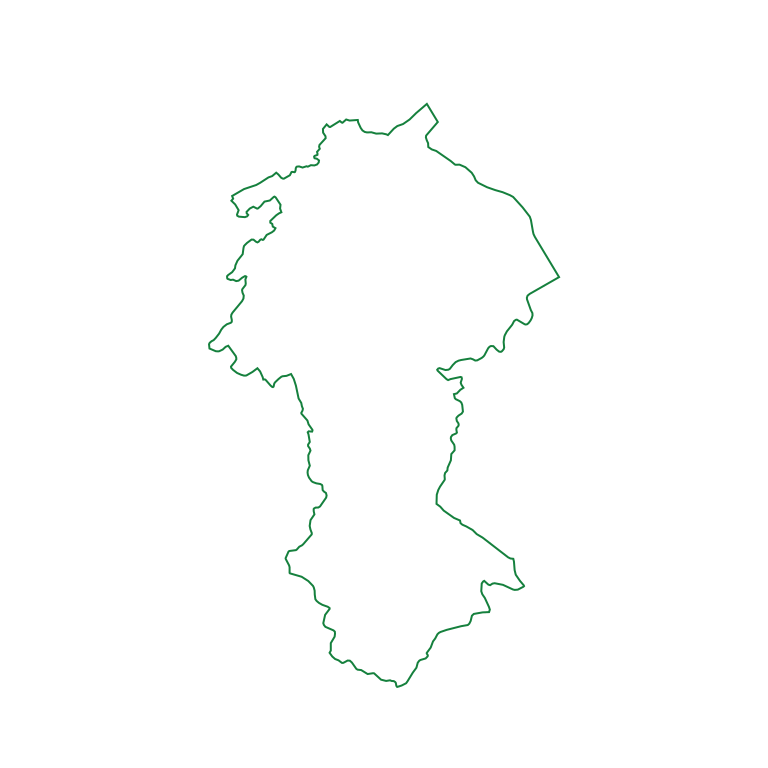 Tuy Phuoc, Bình Định, Vietnam (Mercator projection), rotated 310°
{"feature_id": "81297802B71017047307278", "entity_name": "Tuy Phuoc", "entity_type": "district", "adm_level": 2, "iso_a3": "VNM", "parent_name": "Vietnam", "parent_adm1": "Bình Định", "projection": "mercator", "projection_center": [109.153, 13.841], "detail": "fine", "context": "isolated", "style": "outline", "palette": "green", "viewbox_px": 768, "rotation_deg": 310, "n_neighbors": 0, "source": "geoboundaries", "source_scale": "gbopen_adm2", "svg_char_len": 6166}
<svg xmlns="http://www.w3.org/2000/svg" viewBox="0 0 768 768"><g transform="rotate(310 384 384)"><path d="M143.1,515.1L142.0,519.5L141.9,523.3L143.1,526.8L143.3,531.0L144.0,531.9L145.0,532.4L148.8,533.9L150.1,535.7L150.0,538.4L148.0,545.9L148.2,547.4L150.2,550.4L151.3,557.9L155.4,561.5L156.0,562.4L155.6,571.8L157.9,576.5L160.9,579.1L161.4,580.7L162.7,582.5L162.9,584.2L162.6,585.2L160.7,587.5L160.4,588.8L164.3,591.3L169.0,593.3L171.4,593.1L181.4,591.6L187.5,591.2L192.2,589.0L194.7,588.9L196.0,589.3L200.5,592.3L203.4,592.5L204.4,591.9L205.0,590.0L205.5,589.6L212.1,589.2L218.3,587.0L222.0,586.8L226.6,585.8L228.6,586.0L230.4,586.7L236.0,590.1L248.1,598.8L253.2,603.1L255.2,603.4L258.2,602.7L263.0,600.3L265.6,600.6L272.4,606.3L276.8,611.1L279.2,610.1L280.7,607.7L284.9,598.8L286.1,594.5L287.8,591.7L294.0,587.1L296.4,586.9L297.6,587.3L297.4,592.9L298.1,594.6L300.8,595.4L302.5,596.8L306.6,604.2L309.5,614.9L310.3,616.5L312.5,618.7L318.3,621.1L319.2,621.2L319.6,620.5L320.6,614.7L322.6,607.5L325.4,603.7L331.5,597.7L333.2,595.4L331.6,593.0L331.0,590.5L329.7,558.2L328.6,551.6L329.1,545.8L327.8,538.6L326.6,534.5L326.6,532.1L328.3,530.0L326.4,523.7L325.4,511.1L326.2,505.9L325.9,501.3L333.1,495.6L337.7,493.7L341.4,492.9L349.4,492.1L350.1,491.8L352.9,489.1L355.1,488.0L358.5,488.1L360.9,486.5L368.5,484.3L373.6,480.6L378.6,480.7L381.3,478.4L382.6,476.8L384.0,471.8L385.2,470.2L386.4,469.4L388.8,469.2L392.4,471.0L393.6,471.1L395.4,468.9L396.7,467.9L399.8,467.9L400.7,467.5L401.7,466.3L402.5,463.5L404.2,461.5L405.0,461.2L407.7,461.4L411.3,462.5L413.6,462.2L418.3,457.3L419.5,455.1L419.6,453.1L418.5,448.7L418.7,447.3L421.2,444.1L423.6,445.9L428.6,446.2L432.2,447.3L433.2,443.8L434.3,441.9L438.0,440.4L439.0,439.1L438.6,438.1L430.5,431.8L428.2,430.6L427.9,428.8L428.7,416.5L429.1,415.6L430.7,415.6L431.9,416.4L434.2,422.1L436.3,424.1L437.9,424.7L442.8,424.5L446.8,424.8L449.8,426.1L452.0,427.7L459.2,433.9L460.1,436.3L460.6,438.8L462.0,440.2L466.8,442.1L468.9,442.5L470.4,442.5L478.4,440.8L480.4,440.9L481.8,441.5L483.3,443.5L482.7,448.2L482.8,451.4L483.8,452.9L484.9,453.3L487.6,453.3L489.2,452.6L493.0,448.7L497.5,445.8L499.0,445.2L503.3,444.3L511.8,444.1L515.8,443.2L517.8,443.7L518.7,444.4L520.2,453.4L520.7,454.4L521.9,455.3L523.8,455.6L526.9,455.4L529.5,454.8L532.0,453.7L533.7,452.1L535.0,449.0L540.8,439.1L541.9,438.0L544.0,437.2L546.7,437.7L578.4,449.4L593.7,404.9L595.0,402.1L596.6,400.0L604.1,391.1L605.9,388.1L608.4,376.6L610.3,362.7L609.6,359.1L607.2,351.6L604.1,344.7L601.0,336.5L598.6,326.7L599.0,323.3L600.9,319.6L602.2,315.4L602.4,307.0L600.6,300.9L597.8,297.7L597.7,296.8L597.7,291.7L596.1,274.2L594.4,269.8L594.0,265.6L596.8,263.0L598.2,260.1L599.8,257.6L601.4,256.6L619.3,256.8L626.1,236.8L612.3,234.5L603.1,233.6L595.4,231.5L590.2,228.4L585.9,227.4L577.2,227.0L576.8,225.4L574.8,221.5L570.8,217.1L568.7,212.5L565.8,209.3L564.7,207.2L564.4,204.5L565.2,201.5L567.8,196.0L569.4,194.2L563.7,188.3L562.3,185.0L557.5,184.3L557.1,183.5L557.1,181.1L546.3,177.6L545.8,176.9L546.0,173.2L540.1,173.3L537.4,175.8L536.2,179.9L534.8,181.3L525.7,180.9L524.0,181.8L522.9,183.6L518.8,183.5L517.5,185.2L516.7,185.7L514.1,184.2L513.1,184.4L512.3,185.7L513.4,187.7L513.5,190.5L511.7,191.6L509.1,191.6L506.7,190.2L504.6,187.3L502.0,186.2L501.5,185.9L501.0,184.7L497.5,182.5L496.1,179.1L494.6,177.6L494.0,177.4L492.6,177.7L490.9,178.9L489.3,179.5L488.7,179.3L487.5,177.3L486.9,176.9L483.4,177.7L476.9,175.3L476.3,174.4L475.9,172.7L476.6,168.4L476.6,165.6L471.4,164.7L468.0,162.7L458.5,159.8L454.3,158.2L443.4,151.5L430.4,146.8L429.0,149.3L426.3,149.3L425.9,154.6L423.7,160.9L419.3,162.5L418.6,163.4L418.9,165.2L422.4,170.2L424.5,171.4L426.2,171.3L426.5,169.1L427.5,168.1L432.1,168.4L435.8,169.9L436.8,174.1L437.5,174.6L441.0,175.2L446.9,175.2L451.2,178.6L456.5,179.3L457.2,179.7L457.3,181.1L454.8,189.5L451.6,191.6L449.6,195.0L447.3,193.9L444.0,193.0L435.8,192.1L434.5,193.2L434.8,195.5L433.1,197.6L433.6,200.7L431.0,201.2L428.2,200.6L422.8,198.3L417.3,198.9L416.5,198.6L416.0,197.0L414.9,196.5L412.3,196.5L411.1,196.0L410.7,194.5L410.7,191.3L409.5,189.7L404.1,188.4L401.0,188.1L399.6,188.1L397.8,189.0L392.6,192.3L384.3,192.5L379.4,193.9L376.8,195.5L372.1,195.8L367.5,194.6L365.7,194.5L364.3,195.8L364.0,196.5L365.1,199.7L366.9,201.3L367.8,204.6L369.7,206.2L374.2,207.0L377.2,208.1L377.7,208.8L377.7,209.7L375.0,210.6L372.1,213.5L370.7,214.3L365.8,214.5L364.7,214.9L363.0,216.9L361.6,219.7L359.1,221.4L356.2,222.0L341.4,222.1L339.0,222.5L337.3,223.6L335.2,226.3L333.8,227.4L332.4,227.3L328.7,225.2L324.5,224.3L321.1,224.4L316.6,225.3L311.2,225.5L308.1,225.3L305.9,224.4L303.5,224.0L302.0,224.4L299.0,227.5L301.0,234.1L302.4,236.0L303.2,236.7L306.7,238.3L310.7,238.8L313.2,240.1L310.1,252.5L309.1,254.0L308.0,255.0L305.2,255.5L299.0,255.6L298.1,256.6L297.8,259.3L298.0,264.3L299.2,268.5L300.4,271.3L301.2,272.3L302.1,273.1L308.7,275.5L314.7,276.9L314.0,281.0L311.3,286.6L309.8,288.7L310.9,289.7L311.1,290.5L309.9,298.2L309.9,300.3L310.2,300.9L311.0,301.1L313.9,299.6L315.5,299.5L320.0,300.0L323.6,300.7L324.7,301.3L327.6,304.1L331.9,306.4L329.9,311.6L326.1,317.6L318.0,327.9L316.3,332.8L314.2,335.4L312.9,337.8L311.2,338.7L308.7,339.2L308.2,339.8L306.8,348.8L304.6,352.2L302.9,358.6L302.3,359.2L301.3,359.5L299.3,356.7L298.0,356.6L296.9,358.5L291.9,364.4L288.8,364.8L287.7,365.7L286.8,368.8L285.7,370.5L280.8,371.8L277.0,375.1L273.7,379.7L268.9,381.1L267.0,382.4L265.4,384.2L264.1,386.7L263.0,391.1L263.2,392.7L264.4,396.0L266.4,399.4L266.8,401.3L266.3,402.3L263.3,405.2L263.0,407.1L263.2,409.6L261.7,411.7L259.8,412.7L249.1,413.7L247.2,413.1L245.3,411.0L243.6,410.4L243.0,410.5L241.4,411.9L239.4,414.5L232.5,415.2L227.5,418.3L225.3,421.1L223.4,424.5L222.3,425.3L209.4,425.1L207.8,424.9L204.9,423.7L201.0,423.6L200.1,423.3L195.2,418.8L194.2,418.6L187.3,420.6L186.8,421.2L184.0,428.0L182.9,429.5L178.6,433.1L178.5,433.7L183.4,444.8L184.4,452.7L183.7,459.4L183.0,461.0L181.1,463.7L178.2,466.3L175.0,469.8L174.5,471.9L174.5,474.9L175.2,478.7L177.2,484.1L177.4,486.3L176.8,486.9L169.3,487.3L161.8,491.2L160.8,492.8L160.3,495.2L162.8,503.7L162.7,505.5L161.2,507.0L158.7,508.6L151.3,509.8L145.6,514.6L143.1,515.1Z" fill="none" stroke="#15803d" stroke-width="2"/></g></svg>